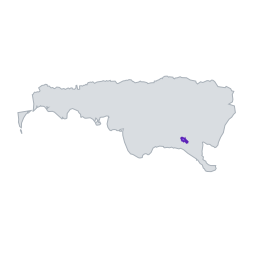 Esquina, Corrientes, Argentina (highlighted), rotated 85°
{"feature_id": "61730980B30976551851614", "entity_name": "Esquina", "entity_type": "district", "adm_level": 2, "iso_a3": "ARG", "parent_name": "Argentina", "parent_adm1": "Corrientes", "projection": "albers", "projection_center": [-59.269, -29.952], "detail": "fine", "context": "in_parent", "style": "filled", "palette": "violet", "viewbox_px": 256, "rotation_deg": 85, "n_neighbors": 0, "source": "geoboundaries", "source_scale": "gbopen_adm2", "svg_char_len": 4723}
<svg xmlns="http://www.w3.org/2000/svg" viewBox="0 0 256 256"><g transform="rotate(85 128 128)"><path d="M154.4,74.6L152.8,77.3L153.2,79.1L151.7,83.4L152.1,84.2L150.9,86.2L151.3,88.4L150.7,90.6L150.9,93.2L150.5,94.0L149.5,94.2L148.8,98.0L149.6,101.5L148.9,102.2L150.2,104.8L154.3,107.1L156.3,109.5L156.4,110.5L155.3,111.9L155.1,113.1L155.7,114.7L156.7,115.8L158.7,116.4L158.9,118.8L158.5,120.2L154.8,125.4L154.0,127.7L150.6,130.0L141.7,132.7L134.9,133.8L131.0,133.6L128.4,132.6L128.7,135.6L130.0,136.4L129.3,136.5L129.9,137.0L129.6,139.4L128.8,139.9L128.3,141.9L128.4,143.7L129.2,145.1L128.4,146.5L125.5,148.0L122.1,148.5L115.6,146.5L115.8,146.1L115.5,146.0L114.5,146.5L114.1,148.5L115.0,151.5L114.9,154.2L115.3,155.0L117.7,155.9L117.6,157.0L118.3,157.1L120.0,156.7L120.1,155.9L119.3,155.6L121.4,154.8L122.3,155.9L122.5,158.6L122.2,159.3L120.4,159.9L119.9,159.8L118.9,157.9L118.0,157.6L115.6,158.7L115.3,159.3L119.0,160.5L116.4,162.1L114.5,164.7L114.6,169.3L114.2,170.6L112.9,171.9L112.7,172.8L113.2,173.3L113.0,174.1L110.3,174.0L108.4,175.6L106.7,176.2L103.8,181.5L104.4,184.0L108.2,187.3L112.8,188.0L113.4,189.2L113.3,190.6L112.8,191.5L111.2,192.4L112.6,192.3L113.2,193.0L105.8,199.9L104.8,201.8L104.7,205.7L104.1,206.5L102.6,207.4L101.4,206.6L100.5,205.3L100.6,206.5L99.1,207.0L100.9,206.9L101.8,207.7L99.5,209.3L98.9,210.6L98.8,212.4L97.9,213.5L98.6,213.2L99.6,216.6L97.7,216.9L100.1,217.3L103.0,220.9L102.8,221.3L102.7,220.9L95.7,219.7L86.5,220.4L86.5,219.9L84.2,218.1L84.5,216.5L84.0,215.3L84.3,214.1L83.9,212.8L83.1,212.4L80.2,213.5L78.1,210.0L78.0,207.9L77.3,206.6L77.6,204.9L79.2,204.6L79.4,202.8L81.3,201.2L81.1,199.5L82.2,198.3L82.4,197.5L81.0,195.4L81.6,192.8L83.5,190.8L83.1,188.4L84.1,187.1L82.9,184.1L84.0,182.7L83.3,182.0L83.1,180.3L84.3,179.8L84.8,177.9L83.5,176.4L81.2,176.1L81.0,175.3L85.0,174.8L85.3,173.4L85.0,172.7L81.9,172.6L81.8,170.9L82.3,169.6L81.6,168.6L81.7,167.5L80.8,166.0L81.5,165.2L79.3,163.8L79.0,161.1L79.4,160.4L78.9,159.0L80.6,157.4L79.5,154.9L79.2,149.9L78.7,148.6L79.6,146.4L78.9,145.2L79.6,144.0L79.0,141.5L80.0,141.2L80.2,136.7L82.5,135.2L82.9,134.2L80.7,128.8L80.6,126.7L80.2,125.7L80.5,124.5L79.9,122.7L80.4,120.5L82.0,119.4L82.1,118.7L83.6,117.0L83.2,113.5L82.3,111.7L83.1,110.9L83.4,108.1L84.5,105.1L85.5,104.5L85.0,101.2L85.1,98.1L83.6,97.7L83.7,95.6L83.2,95.1L82.6,92.9L81.5,91.0L81.3,90.1L81.8,89.5L80.6,88.8L79.7,87.0L79.7,85.3L79.8,84.2L80.9,83.2L80.6,82.4L81.3,78.8L82.5,78.5L83.1,77.2L82.3,76.7L82.3,74.6L81.5,71.6L82.5,70.0L83.1,65.3L85.6,61.8L87.2,56.4L88.7,56.2L90.2,54.9L88.3,51.7L89.2,49.5L87.7,45.1L88.0,43.4L88.8,42.3L87.6,40.7L87.8,39.3L89.3,37.6L94.6,34.8L96.3,27.7L95.1,26.6L97.8,22.3L100.0,21.5L100.7,19.4L103.7,21.2L108.6,21.0L111.1,21.7L113.0,25.6L115.3,20.1L122.1,19.7L123.6,21.6L126.2,23.7L128.1,26.6L133.8,31.2L140.9,33.4L145.2,36.5L150.3,39.2L152.8,39.9L154.7,41.8L155.1,43.2L154.0,44.2L153.1,46.3L151.7,47.5L151.2,48.8L151.2,50.5L148.6,53.9L148.7,55.1L151.3,54.8L157.7,56.3L160.7,56.3L161.7,56.9L163.4,55.4L166.0,56.1L167.9,53.4L169.6,53.0L171.6,51.1L172.6,48.9L173.1,43.9L174.2,44.3L176.0,43.7L177.5,44.8L178.7,49.0L178.2,53.0L177.4,54.6L175.4,55.4L174.4,56.5L171.3,57.2L169.6,59.3L165.8,61.4L166.0,62.6L164.8,62.5L158.4,70.6L154.4,74.6ZM103.1,236.3L102.1,223.1L104.1,225.6L103.2,225.5L103.0,226.7L104.5,226.9L105.3,228.4L108.8,231.1L113.7,233.6L118.4,234.2L117.2,235.7L112.6,236.6L109.8,236.1L103.1,236.3ZM120.3,235.0L121.7,234.4L124.5,234.2L120.9,235.4L120.3,235.0ZM130.7,134.8L130.7,135.4L129.7,134.5L130.7,134.8Z" fill="#d9dde1" stroke="#a8b0b8" stroke-width="1"/><path d="M146.8,69.6L146.7,69.7L146.7,69.8L146.6,70.0L146.4,70.1L146.2,70.2L146.1,70.3L146.0,70.5L145.9,70.5L145.9,70.8L145.7,71.0L145.4,71.1L145.5,71.2L145.5,71.3L145.4,71.3L145.2,71.4L145.2,71.5L144.9,71.6L144.8,71.8L144.6,71.8L144.4,71.8L144.5,71.8L144.4,71.9L144.3,72.0L144.3,71.9L144.2,71.9L144.2,72.0L144.0,71.9L143.9,72.0L143.7,72.1L143.5,72.3L143.4,72.3L143.5,72.4L143.4,72.5L143.4,72.8L143.3,73.0L143.2,73.2L143.1,73.3L142.9,73.5L142.8,73.8L142.7,73.9L142.7,74.0L142.6,74.3L142.6,74.5L142.6,74.8L142.4,75.0L142.2,75.0L142.2,75.3L142.3,75.4L142.4,75.5L142.5,75.6L142.6,75.8L142.7,76.1L142.8,76.1L142.9,75.9L143.0,75.8L142.9,75.7L143.0,75.7L143.3,75.5L143.5,75.5L143.6,75.4L143.8,75.4L144.0,75.4L144.3,75.4L144.3,75.5L144.5,75.6L144.8,75.7L145.0,75.7L144.9,75.7L145.0,75.6L145.2,75.4L145.3,75.4L145.5,75.3L145.5,75.2L145.6,74.5L145.6,74.4L145.8,74.4L145.9,74.2L146.0,74.1L145.9,74.1L145.9,73.9L146.1,72.2L146.5,72.1L146.8,71.9L147.0,71.7L147.0,71.4L147.2,71.2L147.3,71.2L147.3,71.3L147.3,71.2L147.5,71.1L147.7,70.9L147.7,71.0L147.8,71.0L147.8,70.9L148.0,70.8L147.9,70.5L147.6,70.3L147.0,70.2L147.1,69.7L146.8,69.6Z" fill="#8b5cf6" stroke="#5b21b6" stroke-width="1.5"/></g></svg>